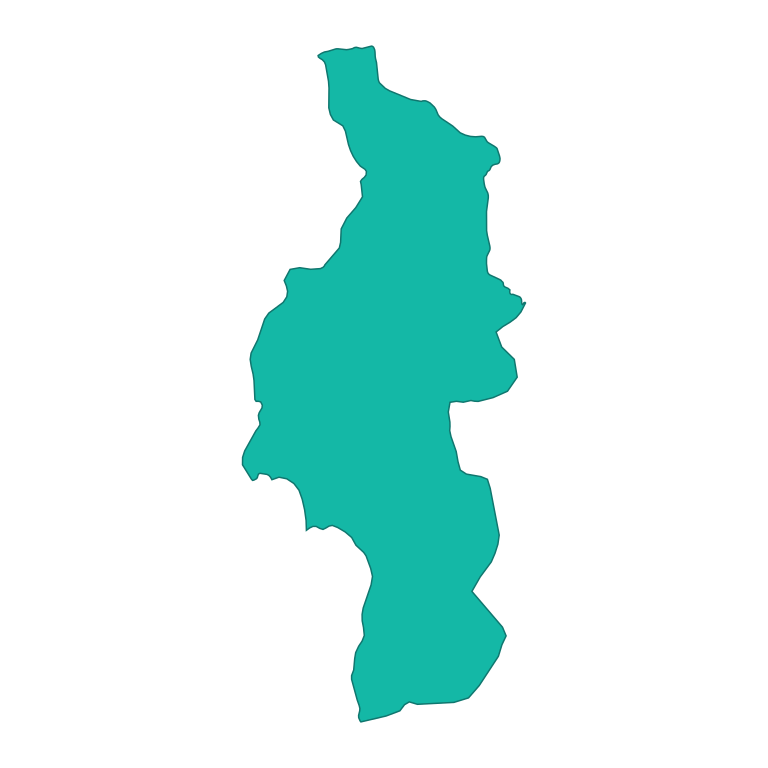 the Region of Cuvette-Ouest
{"feature_id": "COG-2185", "entity_name": "Cuvette-Ouest", "entity_type": "Region", "adm_level": 1, "iso_a3": "COG", "parent_name": "Republic of the Congo", "parent_adm1": "", "projection": "equal_earth", "projection_center": [14.65, 0.103], "detail": "fine", "context": "isolated", "style": "filled", "palette": "teal", "viewbox_px": 768, "rotation_deg": 0, "n_neighbors": 0, "source": "natural_earth", "source_scale": "10m", "svg_char_len": 3732}
<svg xmlns="http://www.w3.org/2000/svg" viewBox="0 0 768 768"><path d="M310.7,269.3L320.4,268.6L323.1,267.3L324.2,266.2L324.9,264.8L339.3,248.0L340.6,242.4L341.2,228.9L346.8,218.0L355.8,207.6L362.5,196.8L361.2,184.6L360.5,181.4L362.0,179.3L364.3,177.4L366.1,175.0L366.4,171.4L365.0,169.3L360.3,166.1L356.6,161.6L353.3,156.4L350.6,150.7L348.5,144.6L345.4,131.1L342.8,125.8L333.4,120.0L330.4,114.5L328.8,107.8L329.0,88.0L328.5,81.2L325.6,64.8L324.4,61.9L322.3,59.7L320.1,58.4L318.4,57.0L318.1,55.5L321.3,53.4L324.4,52.0L328.1,51.3L335.5,49.0L336.7,48.8L337.9,48.8L346.5,49.7L348.9,49.4L352.5,48.6L354.2,47.7L355.2,47.4L356.5,47.3L359.9,48.2L362.1,48.5L371.5,46.1L372.6,46.4L373.6,47.3L374.7,49.8L375.0,52.0L375.2,56.4L375.5,58.5L376.5,62.6L378.2,79.2L378.7,81.2L379.5,82.9L385.3,88.4L389.5,90.8L410.6,99.5L421.2,101.4L422.7,100.9L424.2,100.8L425.8,100.9L427.7,101.7L430.1,103.0L434.4,107.1L435.9,109.5L438.1,114.8L439.8,117.0L441.9,118.8L452.8,126.1L460.2,132.8L465.3,135.1L470.4,136.4L475.5,136.8L481.7,136.3L483.2,136.5L484.5,137.2L486.8,141.2L487.4,142.0L488.8,143.0L494.2,146.2L495.9,147.4L496.9,148.3L497.1,148.7L499.5,155.9L500.0,158.3L500.0,159.1L499.9,160.3L499.6,161.6L499.1,162.7L498.3,163.4L497.3,163.9L495.0,164.3L492.9,165.1L492.1,165.8L491.3,166.5L490.8,167.5L490.0,169.4L489.6,170.0L489.0,170.6L488.2,171.0L487.6,171.4L487.2,172.0L486.2,174.3L485.6,175.1L484.2,176.3L483.8,177.0L483.6,177.9L483.6,179.3L484.2,183.7L484.8,186.5L485.2,187.7L487.8,193.1L488.3,195.5L488.3,197.8L486.5,211.5L486.6,230.7L487.3,235.2L489.8,246.0L490.0,247.5L490.0,249.0L489.7,250.3L487.1,255.7L486.8,256.5L486.7,257.1L486.6,257.8L486.5,260.4L486.5,263.7L487.2,270.0L487.4,271.4L487.8,272.7L488.6,273.9L489.8,274.9L500.0,279.7L501.0,280.3L501.7,281.2L503.0,282.4L503.3,283.6L503.4,284.8L503.9,286.1L505.0,287.0L508.0,288.3L509.9,289.9L509.7,291.5L509.8,292.8L510.2,293.7L511.2,294.5L512.9,294.3L519.1,296.6L520.2,297.3L520.9,298.3L521.4,299.4L521.6,300.9L521.7,302.6L521.9,303.9L522.4,304.6L523.4,303.8L523.9,302.8L524.4,302.5L525.1,302.5L525.5,303.0L520.9,312.0L516.1,317.7L510.2,322.1L502.8,326.6L496.1,332.0L501.7,347.0L514.3,359.4L517.2,377.2L507.5,391.2L493.1,397.6L478.2,401.4L474.5,401.2L470.9,400.5L463.3,402.2L456.4,401.3L450.0,402.3L448.3,412.0L449.9,422.1L450.0,426.3L449.7,430.6L451.0,436.6L456.2,451.5L458.0,461.7L460.3,470.1L466.4,474.1L480.8,476.6L487.4,479.3L490.2,488.3L499.2,535.1L497.9,544.2L495.0,553.3L491.3,561.9L480.2,576.9L471.9,591.4L502.5,627.2L506.1,635.9L501.9,644.8L498.4,656.3L479.2,685.6L468.5,697.9L453.9,702.4L417.4,704.3L409.3,701.9L404.5,704.7L399.9,710.8L386.1,716.0L360.9,721.9L360.1,720.9L358.7,717.7L358.6,715.4L359.7,710.9L359.9,708.6L359.2,705.6L357.2,699.9L351.6,679.3L351.6,675.6L353.7,670.0L354.7,658.6L355.7,652.6L358.7,646.2L362.1,641.1L364.3,635.5L363.5,627.5L362.2,620.8L362.1,614.4L363.2,608.0L371.1,584.9L372.5,576.4L370.7,568.5L366.1,555.9L363.7,552.4L356.0,545.3L351.7,537.5L345.1,531.9L337.7,527.5L332.3,525.4L329.0,526.1L325.9,528.0L323.0,529.4L319.8,528.4L316.2,526.4L312.9,526.4L309.7,527.9L306.4,530.3L306.1,520.5L304.6,509.7L302.2,499.2L299.0,490.2L293.9,483.5L286.8,478.8L279.0,477.2L271.9,479.7L270.5,477.2L268.9,475.4L267.0,474.4L260.0,473.3L258.5,474.0L257.8,475.8L257.3,477.7L256.4,478.8L253.9,480.1L252.6,480.4L251.5,479.3L242.5,464.8L242.6,457.4L244.7,450.9L253.5,435.1L255.9,430.8L257.9,428.2L260.0,424.8L259.8,422.1L258.8,419.1L258.4,415.3L259.2,412.7L262.0,407.9L262.3,405.1L260.7,401.9L258.4,401.3L256.1,401.3L254.9,399.5L254.0,380.5L253.1,374.1L251.2,366.0L250.2,359.4L251.1,353.1L257.7,339.9L264.7,319.0L268.8,313.1L283.2,302.4L286.8,296.8L287.6,291.3L286.4,286.0L284.2,280.5L290.1,269.4L299.7,267.7L310.7,269.3Z" fill="#14b8a6" stroke="#0f766e" stroke-width="1.5"/></svg>